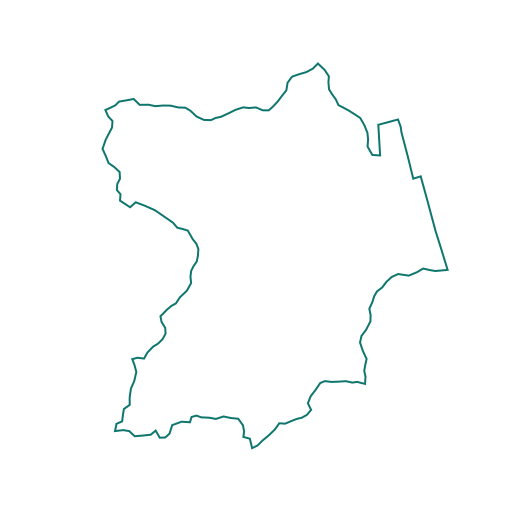 the district of Urussanga, Santa Catarina, Brazil, rotated 165°
{"feature_id": "56859067B50326719422970", "entity_name": "Urussanga", "entity_type": "district", "adm_level": 2, "iso_a3": "BRA", "parent_name": "Brazil", "parent_adm1": "Santa Catarina", "projection": "mercator", "projection_center": [-49.316, -28.492], "detail": "fine", "context": "isolated", "style": "outline", "palette": "teal", "viewbox_px": 512, "rotation_deg": 165, "n_neighbors": 0, "source": "geoboundaries", "source_scale": "gbopen_adm2", "svg_char_len": 2486}
<svg xmlns="http://www.w3.org/2000/svg" viewBox="0 0 512 512"><g transform="rotate(165 256 256)"><path d="M363.7,436.0L362.6,429.0L359.7,423.5L361.8,417.4L371.1,407.2L376.5,399.2L375.1,390.7L374.4,384.0L369.8,378.5L366.0,372.4L367.4,365.8L371.4,361.4L373.3,355.7L370.9,350.7L373.0,344.7L365.0,335.7L358.3,339.0L350.6,333.5L341.8,326.4L327.6,309.7L324.7,303.7L319.6,300.9L315.3,298.2L312.8,288.7L310.4,283.1L309.9,277.5L312.1,271.1L314.7,266.0L319.0,262.3L322.5,258.4L324.7,252.8L325.7,246.6L331.7,240.4L340.2,235.8L345.7,230.9L350.6,229.7L355.9,227.2L363.9,222.5L364.3,216.7L362.3,210.1L363.4,204.5L367.7,199.9L373.3,196.7L378.8,195.1L385.8,190.9L390.7,185.9L396.8,188.4L402.2,188.4L401.6,182.3L401.6,175.0L405.9,166.8L411.2,160.2L414.7,151.9L416.5,144.9L423.2,142.4L425.9,136.4L428.1,130.9L434.2,130.0L437.5,123.4L429.4,122.2L423.8,119.7L419.8,113.3L412.1,111.9L404.0,110.6L398.1,113.3L396.0,105.4L390.7,104.2L385.6,106.7L380.7,114.3L370.8,115.2L362.8,112.5L359.9,117.2L354.8,117.2L350.6,114.3L343.0,111.9L336.9,109.0L328.9,109.4L322.2,106.0L315.3,103.4L312.4,95.8L312.9,89.6L315.0,84.5L309.2,81.1L309.5,71.4L303.5,72.6L297.6,76.0L289.6,79.7L282.6,83.6L276.8,88.4L271.3,86.5L264.0,87.5L258.7,88.1L253.8,87.9L247.9,89.4L242.6,93.1L244.0,100.3L239.6,106.3L233.2,111.2L226.8,116.7L221.8,117.3L215.6,114.8L208.0,113.1L201.5,111.8L195.8,108.8L190.8,108.2L183.8,104.2L181.4,111.3L181.2,117.0L178.7,122.4L175.8,128.0L177.4,136.8L177.9,145.6L174.7,151.6L168.8,156.2L162.4,163.2L160.6,169.2L160.2,175.7L155.5,181.4L152.2,186.6L148.3,190.5L142.3,192.9L136.7,197.3L130.4,200.6L123.4,201.8L113.5,197.5L104.6,198.7L97.8,200.6L91.3,197.2L86.7,195.1L80.4,194.0L74.5,193.0L75.3,215.2L76.1,234.0L76.1,240.4L76.1,253.8L76.1,265.0L76.3,290.3L84.1,290.0L83.6,313.4L83.5,337.7L82.8,343.5L83.5,351.1L103.9,351.1L110.1,321.0L117.5,323.5L119.9,332.8L117.5,339.8L116.5,346.2L117.5,354.5L119.6,362.3L123.9,367.2L128.5,372.2L132.8,376.3L137.3,380.4L138.4,386.8L140.5,392.1L142.3,398.0L141.1,405.0L139.1,410.7L141.6,418.1L146.4,425.9L152.5,422.3L159.7,420.6L168.0,420.4L174.7,419.9L180.6,415.3L183.8,408.2L188.9,404.4L195.2,399.5L201.0,395.9L206.0,393.4L211.8,395.0L217.5,399.5L224.7,400.8L229.8,402.9L237.8,402.5L245.3,401.0L253.9,399.5L259.2,399.8L264.5,398.9L271.2,401.0L277.4,406.2L281.7,413.2L285.8,417.5L292.6,419.6L299.5,423.3L306.8,425.4L314.5,426.8L320.6,429.9L329.2,432.1L333.5,439.3L342.1,440.0L348.2,440.6L353.0,437.9L358.1,436.9L363.7,436.0Z" fill="none" stroke="#0f766e" stroke-width="2"/></g></svg>